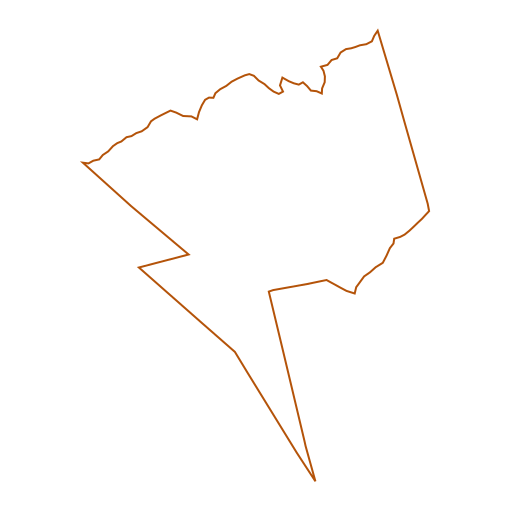 Italva, Rio de Janeiro, Brazil
{"feature_id": "56859067B48628253116757", "entity_name": "Italva", "entity_type": "district", "adm_level": 2, "iso_a3": "BRA", "parent_name": "Brazil", "parent_adm1": "Rio de Janeiro", "projection": "orthographic", "projection_center": [-41.653, -21.457], "detail": "fine", "context": "isolated", "style": "outline", "palette": "amber", "viewbox_px": 512, "rotation_deg": 0, "n_neighbors": 0, "source": "geoboundaries", "source_scale": "gbopen_adm2", "svg_char_len": 1398}
<svg xmlns="http://www.w3.org/2000/svg" viewBox="0 0 512 512"><path d="M138.9,267.5L201.9,323.0L234.9,351.9L247.4,372.5L296.8,452.8L315.4,481.3L305.6,446.1L304.4,440.7L290.7,383.1L282.4,348.3L268.8,291.6L273.1,290.1L307.3,284.0L326.5,280.0L340.5,287.7L346.5,290.9L354.7,293.5L356.2,287.2L359.3,283.0L364.1,276.4L370.0,272.3L375.7,267.2L382.8,262.8L386.6,255.5L389.9,248.1L393.5,243.5L394.2,238.7L400.2,236.9L404.6,234.6L409.4,230.7L414.4,226.0L417.7,222.8L422.0,218.8L425.1,215.4L429.1,211.1L427.7,203.7L404.7,122.8L396.9,95.0L377.7,30.7L374.2,35.9L371.9,41.3L366.3,44.2L359.9,45.3L355.4,47.0L351.1,48.3L346.0,49.1L340.6,52.5L337.2,58.3L331.6,60.0L327.5,64.9L320.9,66.7L323.5,70.8L324.9,76.4L324.7,82.2L322.1,88.4L321.8,93.5L316.6,91.2L310.9,90.6L307.1,86.1L302.9,82.3L298.8,84.6L293.8,83.3L288.8,81.2L282.4,77.6L280.0,85.4L283.0,91.6L278.8,93.9L273.6,91.6L268.9,88.2L264.5,84.1L258.6,80.5L253.9,75.8L249.3,74.1L244.9,75.3L237.5,78.6L231.6,81.7L226.3,85.9L220.2,89.2L215.4,93.2L213.4,97.8L209.0,97.6L205.1,99.8L201.9,105.2L199.0,112.1L197.1,119.3L191.4,116.4L183.1,116.0L176.2,112.6L170.5,110.6L165.0,113.3L160.8,115.4L154.6,118.7L151.0,121.3L147.6,127.1L141.7,131.3L136.3,133.1L131.5,136.1L126.5,137.2L121.3,141.5L117.3,143.1L113.0,146.1L108.2,151.4L102.8,155.0L99.2,159.4L93.3,160.7L88.5,163.4L82.9,162.7L131.1,206.1L188.6,254.5L138.9,267.5Z" fill="none" stroke="#b45309" stroke-width="2"/></svg>